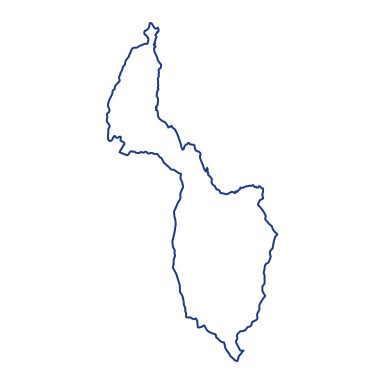 Pueblorrico, Antioquia, Colombia
{"feature_id": "7082276B28437214544786", "entity_name": "Pueblorrico", "entity_type": "district", "adm_level": 2, "iso_a3": "COL", "parent_name": "Colombia", "parent_adm1": "Antioquia", "projection": "robinson", "projection_center": [-75.868, 5.82], "detail": "fine", "context": "isolated", "style": "outline", "palette": "blue", "viewbox_px": 384, "rotation_deg": 0, "n_neighbors": 0, "source": "geoboundaries", "source_scale": "gbopen_adm2", "svg_char_len": 6005}
<svg xmlns="http://www.w3.org/2000/svg" viewBox="0 0 384 384"><path d="M157.9,27.8L156.3,28.5L155.1,28.4L154.6,28.1L152.2,24.3L151.5,23.4L150.7,23.1L150.1,23.0L149.8,23.2L149.1,27.1L148.5,28.3L146.4,30.3L144.9,30.8L144.4,31.8L144.3,33.6L144.5,34.1L144.8,34.5L146.2,35.4L147.9,37.6L148.3,38.3L148.4,39.9L147.6,43.4L147.4,43.7L146.9,43.8L144.6,43.8L142.1,45.0L139.5,45.9L137.2,47.5L133.2,47.9L132.4,48.5L131.5,49.8L130.7,52.1L129.3,55.0L128.8,56.6L125.8,60.5L125.4,61.8L124.9,64.6L123.0,66.8L122.0,70.3L120.5,73.0L120.3,74.5L119.1,76.7L119.1,78.0L119.7,80.3L119.4,81.5L116.0,84.8L114.9,86.8L114.7,88.9L114.5,89.2L113.0,90.3L112.6,91.1L112.3,93.9L109.4,99.7L108.2,103.4L108.0,105.6L108.1,106.3L109.3,109.2L109.5,110.5L109.3,111.4L109.0,112.0L106.9,114.1L106.9,115.3L107.4,117.0L106.7,120.3L107.0,121.7L109.5,125.4L109.7,126.2L109.6,126.9L108.2,129.3L108.3,131.9L107.9,137.6L108.2,139.4L109.3,140.8L110.4,141.1L112.1,139.8L113.6,136.8L114.3,136.1L114.8,136.0L115.5,136.9L116.4,137.7L116.9,137.9L117.5,137.8L119.3,136.8L120.4,136.7L120.8,137.1L120.9,137.8L120.5,139.7L120.6,140.6L121.6,141.3L123.3,142.0L124.2,142.9L124.5,143.8L124.4,144.2L123.3,145.4L122.8,146.7L120.3,150.5L119.7,152.3L127.0,155.2L127.7,155.0L128.5,154.2L129.8,152.3L130.6,151.5L131.3,151.2L132.6,151.7L134.0,151.5L136.0,152.7L137.6,153.1L139.3,152.9L140.4,152.1L141.8,152.2L143.3,152.6L143.8,152.6L145.2,151.8L145.7,151.8L146.5,152.0L148.2,153.5L148.6,153.6L149.5,153.5L150.6,152.9L151.2,152.9L152.4,153.0L154.4,154.0L155.8,153.9L157.2,154.1L157.9,154.7L160.0,157.4L161.5,158.2L163.0,160.8L163.6,162.3L164.5,163.3L166.3,164.8L167.6,166.1L169.0,167.1L170.6,169.1L171.2,169.4L174.0,169.9L178.4,172.9L180.8,173.8L180.8,175.8L180.4,177.7L180.6,178.6L182.1,182.2L182.9,185.6L183.0,186.9L182.8,187.9L181.1,191.5L180.5,193.2L180.2,195.0L180.5,196.4L180.3,198.8L179.9,199.6L178.1,202.3L176.8,205.2L175.3,209.0L174.2,211.1L174.0,211.9L174.4,216.2L175.3,220.0L175.7,223.2L175.6,225.1L174.6,232.1L172.4,241.2L172.5,243.5L173.0,247.0L174.2,249.1L174.7,250.5L174.5,253.1L175.0,255.7L175.0,256.2L173.8,259.0L173.6,264.3L172.9,266.9L173.1,268.2L176.2,273.7L179.3,283.7L179.8,285.9L180.0,291.7L180.6,293.0L181.9,294.8L182.7,296.8L183.7,301.8L183.9,305.0L185.3,308.0L185.2,310.4L185.4,311.6L185.9,312.7L186.1,313.7L186.0,315.9L186.2,316.7L186.4,317.2L187.3,317.6L189.0,317.3L190.3,317.4L192.1,318.5L193.4,319.1L194.1,319.1L195.4,318.6L196.1,318.7L197.2,320.7L197.8,327.2L198.5,327.6L201.0,327.0L202.1,326.7L203.6,325.5L204.4,325.6L206.3,329.2L207.9,331.1L208.8,331.8L213.5,333.8L215.5,334.3L215.7,334.5L216.1,337.0L216.4,337.4L220.9,341.6L222.3,342.2L223.8,342.4L224.1,342.6L225.2,347.4L225.8,348.9L226.6,350.4L229.0,353.4L230.5,356.2L235.1,360.4L236.2,360.9L237.4,361.0L238.2,358.9L238.6,356.8L239.2,355.7L241.7,352.8L242.2,351.5L243.1,351.2L243.4,351.0L243.4,350.7L242.8,350.5L241.5,350.7L240.1,350.3L236.2,342.7L236.0,341.7L236.0,340.9L237.2,339.2L237.3,338.5L237.0,335.8L237.1,334.7L237.6,333.8L240.0,331.6L240.7,331.2L242.5,331.2L245.1,330.3L247.4,327.4L248.0,327.0L250.2,326.4L251.0,325.6L251.5,324.5L252.1,322.4L252.7,321.7L256.0,320.2L256.9,319.3L257.5,318.1L257.1,315.4L257.2,314.2L257.4,313.4L259.4,309.6L259.4,305.4L259.6,304.4L262.6,299.3L265.2,295.9L262.7,291.7L262.4,290.4L262.3,287.5L262.5,286.3L264.2,284.0L264.7,282.6L264.5,278.2L264.7,276.3L263.7,272.6L264.4,269.7L264.8,266.5L265.4,264.7L266.1,263.8L267.4,263.2L268.5,262.4L270.1,258.7L270.7,256.6L269.9,253.6L269.8,252.4L270.1,251.3L271.1,249.8L272.2,248.9L272.6,248.2L273.9,241.0L275.1,237.2L275.7,236.0L277.1,234.9L277.3,234.5L277.2,234.1L276.6,233.4L274.6,231.7L273.4,230.2L272.7,228.8L271.8,226.2L268.7,223.5L265.4,219.5L265.2,218.9L265.3,217.9L265.8,216.0L264.9,214.1L263.1,210.9L260.4,207.4L258.2,205.1L258.0,204.7L258.0,204.3L259.7,200.3L261.6,199.4L263.0,198.5L263.1,198.3L262.3,194.5L263.0,191.9L263.1,190.5L262.8,188.4L262.2,188.5L261.6,188.2L259.8,186.2L259.2,186.2L257.6,187.7L257.3,187.7L256.6,187.5L256.0,186.9L255.2,187.1L254.3,186.8L253.5,185.5L252.9,185.1L251.5,185.8L249.2,185.7L247.8,186.2L246.3,186.3L244.6,187.0L244.0,187.1L243.0,187.8L240.4,187.7L240.3,187.8L240.3,188.4L240.0,189.2L238.6,190.0L237.6,191.5L237.1,191.7L236.4,191.9L236.0,191.3L235.6,191.4L235.3,192.0L235.2,192.9L235.0,193.0L234.1,192.9L233.0,192.0L232.5,191.9L230.7,192.2L227.8,193.9L226.7,194.2L225.8,194.2L222.0,193.1L220.8,193.1L220.3,192.6L219.6,190.9L219.2,190.3L218.1,189.7L216.8,189.5L216.3,189.1L216.0,188.1L215.2,187.2L214.6,185.7L213.0,185.0L212.2,183.9L211.5,182.3L211.9,178.8L209.7,176.1L208.7,175.5L208.1,174.6L208.1,174.2L208.4,173.4L207.7,172.6L207.6,169.3L207.3,168.1L207.1,168.0L206.8,168.2L206.5,169.8L206.1,170.6L205.7,171.2L204.0,168.8L203.0,165.3L200.3,158.8L200.1,157.8L200.0,156.3L200.6,153.9L200.2,152.9L199.2,152.0L195.5,150.3L194.9,148.2L194.4,145.3L193.7,144.8L191.7,144.6L189.7,144.1L189.2,143.3L188.8,143.0L188.1,143.0L187.4,143.9L186.0,144.7L184.7,146.0L183.5,149.4L182.8,149.6L182.5,149.5L182.0,148.7L181.2,146.4L180.8,144.1L178.1,136.2L176.9,133.2L175.1,129.7L174.2,128.8L172.1,127.3L172.0,126.4L171.6,126.0L170.8,126.2L168.8,127.4L168.2,127.4L167.6,125.7L165.5,122.7L164.1,121.6L162.2,121.1L161.0,119.9L159.9,119.2L158.6,117.6L158.0,115.8L157.6,111.2L156.8,110.2L156.0,110.0L156.0,109.2L156.4,109.0L156.6,108.4L156.6,108.1L156.0,107.8L155.9,107.1L156.2,106.5L157.1,105.9L157.6,104.8L158.1,99.9L157.9,98.3L156.8,96.3L156.6,95.1L157.0,94.1L156.9,92.4L157.2,91.3L158.2,89.9L158.4,89.5L158.4,89.0L157.7,88.0L158.0,87.4L158.0,86.4L158.2,86.0L158.4,85.2L158.0,84.2L158.2,81.8L157.8,79.0L158.9,75.9L158.5,74.2L159.0,73.3L158.7,71.4L158.7,69.8L159.3,68.8L160.5,68.3L161.1,65.8L161.1,64.6L159.8,63.1L157.7,59.9L157.2,57.5L154.5,51.8L154.0,48.3L154.3,47.8L155.3,47.0L155.4,46.1L155.0,45.5L154.1,45.4L153.8,44.2L154.2,43.6L154.8,43.6L155.1,43.2L154.7,42.3L154.7,41.5L155.4,40.7L155.5,39.1L156.5,37.1L156.3,36.4L155.5,35.6L155.4,34.7L155.7,34.2L156.8,33.3L156.9,32.4L157.1,32.2L158.1,31.8L158.4,31.3L158.6,29.6L157.9,27.8Z" fill="none" stroke="#1e3a8a" stroke-width="2"/></svg>